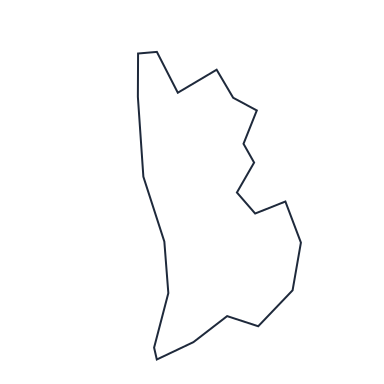 Lobatse, Robinson projection, rotated 341°
{"feature_id": "BWA-5503", "entity_name": "Lobatse", "entity_type": "Town", "adm_level": 1, "iso_a3": "BWA", "parent_name": "Botswana", "parent_adm1": "", "projection": "robinson", "projection_center": [25.686, -25.205], "detail": "fine", "context": "isolated", "style": "outline", "palette": "slate", "viewbox_px": 384, "rotation_deg": 341, "n_neighbors": 0, "source": "natural_earth", "source_scale": "10m", "svg_char_len": 436}
<svg xmlns="http://www.w3.org/2000/svg" viewBox="0 0 384 384"><g transform="rotate(341 192 192)"><path d="M186.1,43.5L204.4,48.1L210.9,93.5L255.1,84.4L261.6,116.3L279.8,136.0L256.4,163.2L260.3,184.4L234.3,207.1L244.7,232.9L277.2,231.4L278.5,275.3L255.1,317.7L210.9,340.5L184.8,320.8L144.5,334.4L104.2,338.9L105.5,326.8L136.7,279.9L149.7,229.9L151.0,161.7L171.8,84.4L186.1,43.5Z" fill="none" stroke="#1e293b" stroke-width="2"/></g></svg>